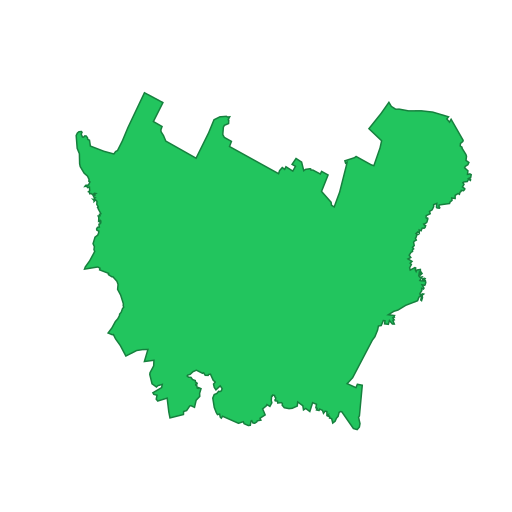 outline of Juárez, Chiapas, Mexico, rotated 10°
{"feature_id": "50627088B99297205497031", "entity_name": "Juárez", "entity_type": "district", "adm_level": 2, "iso_a3": "MEX", "parent_name": "Mexico", "parent_adm1": "Chiapas", "projection": "robinson", "projection_center": [-93.174, 17.701], "detail": "fine", "context": "isolated", "style": "filled", "palette": "green", "viewbox_px": 512, "rotation_deg": 10, "n_neighbors": 0, "source": "geoboundaries", "source_scale": "gbopen_adm2", "svg_char_len": 6074}
<svg xmlns="http://www.w3.org/2000/svg" viewBox="0 0 512 512"><g transform="rotate(10 256 256)"><path d="M107.6,151.7L104.4,165.9L101.3,176.2L99.6,177.5L98.3,180.2L88.1,179.3L73.8,176.5L71.9,170.9L70.1,170.4L69.5,168.8L67.9,167.3L66.4,167.5L65.6,168.9L64.4,169.0L62.7,166.3L63.2,164.4L62.4,163.7L60.0,164.4L58.7,166.0L58.0,168.6L61.2,181.0L64.3,185.9L66.3,195.8L67.4,198.5L72.4,204.3L76.2,206.6L78.3,209.6L78.4,211.4L79.6,211.9L78.7,215.2L76.0,216.0L75.4,217.2L77.2,216.6L78.2,217.9L80.0,217.1L80.9,220.6L79.9,221.8L80.8,222.0L81.5,223.6L82.9,223.1L84.5,224.0L86.0,222.3L87.3,222.3L86.3,223.2L86.8,224.0L85.2,224.8L86.1,226.0L87.4,226.5L86.7,227.0L87.4,228.7L85.8,228.6L87.0,229.5L87.1,230.3L88.3,228.6L89.9,229.8L90.3,232.9L92.0,234.8L91.3,236.4L92.0,235.6L92.4,236.9L95.9,241.3L94.6,242.2L95.4,243.4L93.6,244.0L94.5,245.4L95.0,249.1L96.4,247.9L97.1,248.4L97.3,249.8L96.2,249.4L97.0,251.2L95.8,252.0L96.7,254.7L94.9,255.3L94.3,257.1L94.9,258.3L96.9,258.8L97.0,260.7L96.5,262.9L94.2,265.4L93.4,272.2L95.2,274.8L95.3,277.8L96.4,279.5L93.1,289.5L89.8,296.4L89.4,298.7L102.0,294.3L104.5,295.1L104.4,296.8L113.9,298.7L113.7,299.5L114.2,300.1L117.7,301.5L118.7,301.3L123.5,305.1L125.1,308.0L125.5,312.9L129.5,318.0L133.7,326.1L133.8,327.8L134.6,329.4L133.7,330.9L133.0,334.9L131.8,336.9L131.9,338.4L130.8,341.8L128.9,344.9L126.6,351.8L123.7,357.5L128.2,358.5L129.2,358.1L132.0,361.9L137.9,367.7L145.2,377.1L154.9,369.8L160.4,367.9L165.8,366.8L164.4,379.3L173.6,376.4L174.3,382.0L171.9,389.4L172.0,391.2L175.8,399.9L180.7,402.3L181.9,400.7L186.0,398.7L185.9,402.0L178.2,408.6L179.4,410.0L182.7,410.3L182.6,414.3L184.4,415.9L193.2,411.4L197.2,424.7L199.4,430.4L212.1,424.7L211.7,421.7L214.5,420.3L216.8,415.2L217.9,414.7L221.7,415.7L222.1,408.5L225.0,404.0L224.3,401.0L224.9,396.2L222.3,395.6L222.1,396.4L221.1,396.3L220.3,394.1L219.1,393.6L218.9,392.8L220.2,392.2L220.1,391.5L218.3,390.6L217.8,389.2L215.0,388.7L213.0,386.8L210.6,387.1L209.0,386.1L209.5,385.1L211.7,384.0L214.0,380.9L217.1,378.8L223.7,380.8L224.7,380.1L226.7,382.3L229.6,381.9L229.8,380.9L231.7,380.3L235.5,385.9L237.4,386.9L237.7,387.4L236.4,389.5L237.7,392.6L239.8,394.8L243.3,390.1L245.7,392.5L245.3,394.8L244.0,395.8L242.7,395.7L241.3,398.2L238.9,399.7L238.1,403.4L241.2,412.4L244.0,417.0L245.6,418.9L247.6,418.0L248.8,420.9L250.0,421.7L250.9,419.6L267.8,423.8L272.2,421.4L273.4,423.2L277.9,424.3L279.8,423.7L279.7,419.5L280.4,418.9L282.0,421.0L283.8,420.9L285.6,419.2L285.9,418.1L289.3,416.8L288.1,415.1L292.6,410.9L289.1,405.4L292.4,401.5L292.6,400.4L295.8,401.7L297.1,397.8L296.1,395.5L295.7,391.3L296.5,391.1L296.6,390.0L298.5,390.1L299.1,391.5L300.0,392.2L300.2,393.9L299.6,394.5L300.1,395.3L302.4,395.2L302.9,397.0L306.5,396.0L307.6,396.7L307.7,398.4L310.2,400.5L315.0,400.6L318.1,399.7L322.7,396.6L322.4,392.5L328.1,395.3L329.5,399.3L331.5,397.5L336.0,399.8L337.2,390.6L341.3,391.5L341.3,395.1L342.7,395.4L342.3,397.1L344.9,397.2L345.3,395.7L348.3,396.5L349.8,399.2L351.0,396.8L352.8,396.9L353.5,400.5L354.5,399.8L354.1,400.9L355.0,401.4L355.6,400.8L356.7,401.9L356.6,402.8L358.7,403.0L360.6,407.2L362.6,405.0L363.4,401.7L364.7,399.7L365.0,395.6L366.3,394.5L367.5,394.5L381.9,409.0L385.8,409.4L387.5,406.5L387.5,403.0L385.0,397.0L385.6,395.5L383.1,364.8L378.1,364.7L377.3,368.3L367.9,365.9L372.3,359.1L385.2,318.6L387.1,314.9L388.6,307.8L388.7,303.7L391.4,302.7L392.6,297.4L394.3,297.4L394.4,300.5L398.2,300.3L398.6,296.4L402.1,299.3L404.0,299.0L402.0,295.6L403.2,294.9L401.5,293.1L402.9,292.2L402.3,291.1L402.6,290.6L396.5,290.9L401.4,286.5L405.2,284.6L412.1,278.5L422.9,272.0L423.6,268.2L425.7,266.5L426.1,267.0L425.9,270.7L426.8,271.2L427.2,268.1L426.4,265.8L427.7,264.4L426.8,264.3L424.5,265.8L423.9,264.5L425.3,261.3L424.8,259.1L426.6,259.5L427.0,258.5L424.5,255.5L427.3,255.6L427.6,254.6L427.8,252.7L427.1,250.9L425.7,251.6L425.3,251.2L426.5,248.9L425.6,248.7L424.2,249.5L424.4,251.2L423.9,251.8L421.6,251.7L423.2,247.8L421.1,248.5L419.7,247.2L419.7,243.5L420.8,244.0L421.2,246.2L422.6,244.4L420.6,242.4L420.2,240.7L416.8,241.9L416.4,243.5L415.2,241.9L415.4,240.1L414.5,239.8L410.3,243.1L409.3,240.9L410.5,237.4L409.0,236.3L410.6,234.2L406.2,232.5L408.7,230.6L406.7,228.6L408.0,225.5L409.4,224.3L408.9,222.7L410.0,221.6L408.6,220.3L410.0,218.3L408.8,215.1L409.3,213.9L411.1,212.5L409.9,210.8L410.6,209.2L410.4,207.7L411.8,206.7L409.7,206.1L411.0,204.2L412.8,205.0L412.2,202.0L414.2,202.5L414.8,199.7L416.8,199.4L417.5,198.6L417.8,196.7L416.6,196.5L415.6,195.4L417.2,194.6L418.4,193.0L418.8,189.5L418.4,188.8L417.4,189.3L416.8,188.8L416.6,186.7L420.2,184.1L419.1,182.0L421.4,180.0L422.4,176.6L422.0,174.6L424.9,172.8L425.2,176.6L425.9,177.2L428.3,177.1L428.6,176.6L427.5,175.2L427.6,173.9L437.5,170.7L437.7,169.2L439.4,167.2L438.7,164.9L442.1,164.8L441.6,161.7L444.1,159.4L445.6,159.9L445.8,157.8L446.7,156.9L446.8,155.7L449.0,155.7L449.9,154.3L449.9,153.4L447.3,152.2L448.4,149.4L447.0,147.8L448.1,146.9L451.1,146.0L452.0,143.5L454.0,144.3L454.0,143.2L451.9,142.7L453.8,141.3L453.8,138.5L452.4,138.0L450.1,138.9L449.9,135.3L446.1,132.9L446.6,131.3L448.8,129.3L449.4,126.9L446.2,125.4L446.0,121.3L445.1,119.6L440.2,114.1L440.0,113.1L438.0,112.2L437.8,109.7L439.8,107.3L439.9,106.1L424.4,87.5L423.3,90.6L420.1,87.9L421.4,85.5L405.1,83.6L393.7,84.3L381.0,86.6L371.6,86.5L368.1,87.2L363.3,85.2L360.2,81.6L354.5,93.8L345.1,111.0L359.7,120.7L359.4,128.0L356.4,146.6L353.6,146.2L337.3,140.6L335.9,142.1L327.0,146.8L328.1,149.0L329.4,147.9L329.3,151.2L327.3,178.5L324.5,194.1L321.6,193.0L320.6,190.0L309.3,181.0L312.9,163.7L305.9,161.3L305.1,164.1L297.1,161.5L295.3,161.9L294.7,160.7L294.0,160.7L289.7,162.1L288.2,163.7L284.6,155.6L278.5,153.0L275.6,159.5L279.3,160.8L277.5,166.0L270.0,162.9L269.2,165.7L266.5,164.3L264.4,167.8L263.9,171.0L210.9,152.8L211.9,147.4L204.2,144.7L202.2,142.2L201.5,134.8L202.2,132.8L206.0,130.3L205.6,127.1L204.9,126.7L205.9,123.5L203.9,124.1L202.6,123.6L196.3,125.2L191.0,129.1L188.0,142.8L180.0,170.1L147.2,158.5L144.0,153.5L141.0,150.2L140.4,148.4L141.0,144.8L131.6,141.4L137.7,121.1L117.8,114.6L107.6,151.7Z" fill="#22c55e" stroke="#15803d" stroke-width="1.5"/></g></svg>